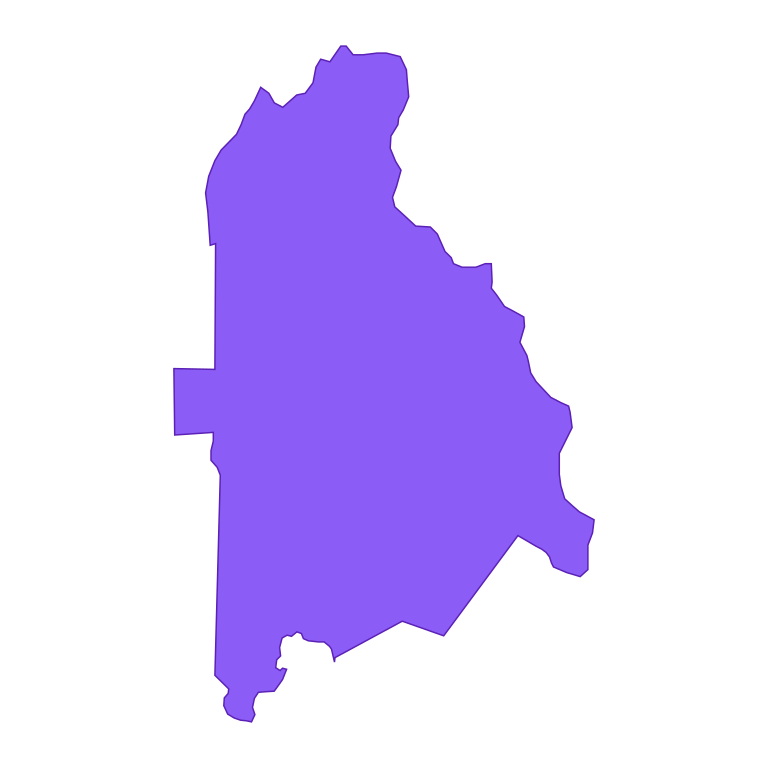 Rembau, Negeri Sembilan, Malaysia
{"feature_id": "92858781B48493388019423", "entity_name": "Rembau", "entity_type": "district", "adm_level": 2, "iso_a3": "MYS", "parent_name": "Malaysia", "parent_adm1": "Negeri Sembilan", "projection": "robinson", "projection_center": [102.108, 2.564], "detail": "fine", "context": "isolated", "style": "filled", "palette": "violet", "viewbox_px": 768, "rotation_deg": 0, "n_neighbors": 0, "source": "geoboundaries", "source_scale": "gbopen_adm2", "svg_char_len": 1817}
<svg xmlns="http://www.w3.org/2000/svg" viewBox="0 0 768 768"><path d="M260.7,87.3L254.3,101.1L249.6,109.0L245.0,114.2L241.1,124.7L236.5,134.3L221.1,150.1L214.9,160.6L208.7,176.3L205.6,192.9L207.9,212.1L210.2,245.3L215.6,243.6L214.9,369.4L173.9,368.6L174.7,435.0L213.3,432.4L213.3,441.1L211.0,450.7L211.0,460.3L217.2,467.3L220.3,475.2L214.9,675.3L228.7,688.9L228.2,693.4L224.3,697.9L223.8,705.7L227.7,714.1L234.2,718.0L240.6,720.2L246.5,720.8L251.5,721.9L254.9,714.6L252.5,707.4L254.4,698.4L258.4,692.3L265.8,691.7L274.2,691.2L278.7,685.0L282.6,679.4L286.6,669.3L282.6,668.2L280.1,670.5L275.7,667.7L276.7,659.8L280.6,655.9L279.6,647.5L282.1,638.0L287.1,635.2L291.5,636.3L296.9,631.9L301.4,633.5L303.4,638.6L308.3,640.8L318.2,641.9L324.1,641.9L329.6,646.4L331.5,649.2L334.5,662.1L335.0,657.6L402.2,621.2L443.7,635.8L517.9,535.6L536.2,546.3L541.6,549.1L546.1,552.4L549.5,556.9L551.5,563.0L553.5,567.0L566.8,572.6L570.6,573.7L580.2,576.6L587.9,569.6L587.9,559.1L587.9,545.1L592.5,532.9L594.1,519.8L579.4,511.9L572.4,505.8L564.7,498.8L560.8,485.7L559.3,474.3L559.3,462.1L559.3,453.3L572.1,427.6L570.1,412.3L568.6,406.1L560.8,402.6L550.8,397.4L536.1,381.7L530.7,372.9L528.4,361.6L526.9,355.5L519.9,342.3L524.5,326.6L523.8,317.0L514.5,311.8L504.5,306.5L496.7,295.1L491.3,288.2L492.1,282.0L491.3,263.7L485.2,263.7L475.9,267.2L462.0,267.2L453.5,263.7L451.2,257.6L445.0,251.5L437.3,234.0L430.3,227.0L415.7,226.1L402.5,213.9L394.8,206.9L392.5,197.3L396.4,186.8L401.0,170.2L395.6,161.4L390.2,148.3L390.9,136.1L397.9,124.7L398.7,117.7L403.3,109.9L408.7,96.8L407.2,80.2L406.4,69.7L400.2,56.6L386.3,53.1L377.0,53.1L363.1,54.8L353.1,54.8L346.2,46.1L340.8,46.1L329.9,61.8L320.7,59.2L316.0,67.1L313.0,82.8L305.2,93.3L296.7,95.0L282.8,107.3L274.3,102.9L268.9,93.3L260.7,87.3Z" fill="#8b5cf6" stroke="#5b21b6" stroke-width="1.5"/></svg>